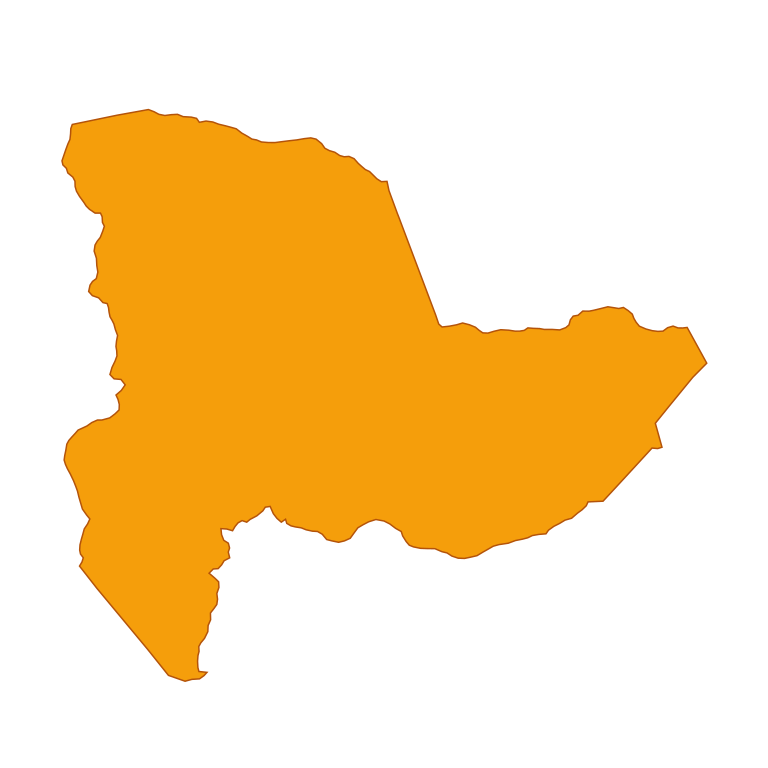 Inhambupe, Bahia, Brazil (Robinson projection), rotated 87°
{"feature_id": "56859067B53431248458401", "entity_name": "Inhambupe", "entity_type": "district", "adm_level": 2, "iso_a3": "BRA", "parent_name": "Brazil", "parent_adm1": "Bahia", "projection": "robinson", "projection_center": [-38.397, -11.762], "detail": "fine", "context": "isolated", "style": "filled", "palette": "amber", "viewbox_px": 768, "rotation_deg": 87, "n_neighbors": 0, "source": "geoboundaries", "source_scale": "gbopen_adm2", "svg_char_len": 3966}
<svg xmlns="http://www.w3.org/2000/svg" viewBox="0 0 768 768"><g transform="rotate(87 384 384)"><path d="M108.5,681.7L112.6,683.4L117.7,683.9L123.3,684.8L127.7,687.1L133.3,689.5L139.8,692.1L144.3,693.9L148.4,693.2L152.0,689.9L156.7,688.7L161.1,683.9L165.3,682.0L170.7,682.1L175.4,681.0L180.8,678.2L186.8,674.3L190.8,672.0L194.2,668.9L198.2,663.6L198.5,658.2L202.2,656.7L207.9,656.7L211.8,655.0L216.5,656.8L222.8,659.7L226.4,662.9L230.1,665.3L236.1,666.5L243.4,664.6L250.8,664.6L257.3,663.9L263.7,665.8L266.3,669.7L269.9,672.4L276.2,674.1L280.5,670.6L283.0,664.5L288.0,660.4L289.2,656.2L293.3,655.1L297.8,654.8L302.5,654.1L306.2,652.2L309.9,650.6L315.6,649.4L321.6,647.5L327.2,648.9L332.5,649.7L336.8,649.2L342.0,649.2L347.1,651.4L353.3,654.8L360.2,657.2L364.7,653.3L365.7,646.4L371.3,642.5L376.7,646.7L381.0,652.2L385.5,650.4L390.6,649.4L396.0,649.9L399.7,654.1L403.5,659.7L405.2,667.6L405.0,672.1L407.2,677.8L410.4,682.9L412.3,687.6L414.0,691.9L417.6,695.4L420.6,698.5L423.9,701.7L427.5,703.9L433.5,705.2L438.9,706.6L443.2,707.4L447.6,706.3L452.0,704.6L457.6,701.9L464.6,699.0L470.3,697.1L474.9,695.7L480.9,694.6L486.0,693.4L493.1,691.7L499.3,687.8L503.4,684.8L508.2,687.3L513.0,690.9L518.2,692.6L523.1,694.3L528.7,696.0L533.9,696.6L537.9,696.0L541.8,693.4L545.9,694.9L549.9,697.6L573.3,681.2L636.1,634.3L663.7,614.5L670.4,598.2L668.9,591.3L668.8,583.7L665.8,579.0L662.7,575.9L661.4,583.9L657.4,584.7L651.1,584.7L645.5,584.0L641.4,582.7L636.5,582.7L632.9,580.5L628.7,576.6L622.1,572.9L616.0,572.3L610.4,569.5L603.6,569.3L599.1,565.4L595.4,562.5L590.2,561.5L584.5,561.9L578.5,559.5L572.9,559.5L569.0,563.1L563.8,568.6L559.8,564.2L559.7,559.3L556.1,555.6L552.1,552.9L549.5,547.2L543.7,548.3L539.7,546.8L534.8,547.8L531.7,552.2L525.9,554.1L519.9,554.4L520.6,548.6L522.6,542.9L518.5,540.2L515.0,537.0L513.0,532.9L514.8,528.3L512.2,524.8L509.0,517.9L504.3,511.6L500.8,509.0L500.3,504.1L507.7,501.3L512.6,497.9L516.6,493.8L513.9,489.4L518.1,488.4L520.8,484.3L522.1,479.9L523.3,474.2L525.5,469.4L527.2,463.3L527.8,458.1L530.8,453.5L536.3,449.4L537.9,444.4L539.7,437.6L538.6,431.7L536.3,425.8L530.7,421.3L526.2,417.6L523.4,412.2L520.8,406.5L518.9,399.2L520.8,391.2L524.0,385.6L528.8,379.9L532.2,374.5L536.7,373.3L542.5,370.1L546.3,367.2L548.2,363.1L550.0,356.2L550.6,349.6L551.1,341.8L554.5,334.9L556.0,329.9L559.4,325.2L561.8,319.1L562.4,312.7L561.5,306.8L560.3,300.1L557.0,293.9L554.1,288.1L551.7,283.4L550.4,277.6L549.5,268.3L547.2,260.9L546.2,253.9L545.1,248.5L543.1,243.8L542.3,237.2L542.1,230.1L538.6,227.4L535.0,221.8L532.4,215.9L529.4,210.3L527.9,203.7L523.0,197.4L520.0,192.8L516.2,188.4L512.4,186.4L512.5,171.4L495.1,153.5L462.0,119.7L462.8,114.1L461.7,109.7L437.4,115.1L421.6,100.9L393.5,75.3L380.1,60.6L343.4,78.3L343.7,82.8L343.4,87.4L341.3,92.3L342.6,97.8L345.8,102.6L345.8,107.7L344.8,113.3L342.8,119.5L339.6,126.0L335.5,129.0L331.6,131.0L327.2,132.4L323.5,136.3L320.1,140.9L320.9,145.6L319.9,150.2L318.6,156.4L320.1,164.1L321.4,171.0L322.0,175.4L321.6,181.7L325.5,186.6L326.1,191.5L329.6,194.5L334.7,196.2L337.2,199.5L339.2,205.7L338.3,213.2L337.9,221.1L336.8,225.7L336.2,232.3L335.5,237.4L337.8,241.1L338.3,245.7L338.1,250.2L336.8,256.6L335.9,264.6L337.1,271.4L338.6,277.5L338.1,282.7L335.3,286.3L332.1,289.7L329.3,295.6L327.2,302.3L328.7,308.5L329.7,315.9L330.1,323.0L327.0,326.2L317.8,328.8L218.7,360.3L214.2,361.8L191.2,368.9L181.8,370.4L181.8,376.1L178.7,380.4L174.7,384.0L171.1,387.3L168.9,391.4L165.7,394.8L162.3,398.2L157.4,402.1L154.9,407.1L155.0,411.9L153.5,416.3L150.0,421.0L148.1,426.3L145.5,430.7L140.7,433.7L135.9,439.0L134.4,444.2L134.8,450.8L135.7,458.4L136.1,465.5L136.6,472.6L137.2,480.3L136.8,487.0L135.9,493.7L133.6,498.5L132.5,503.1L129.6,507.2L126.0,512.9L121.4,518.2L119.8,522.9L117.9,528.7L115.9,535.5L113.4,541.2L112.1,548.0L113.0,554.7L108.9,557.3L107.4,562.5L106.5,570.6L103.9,576.1L103.9,582.2L104.4,588.8L102.9,594.7L100.1,599.3L97.6,604.9L101.6,636.4L108.5,681.7Z" fill="#f59e0b" stroke="#b45309" stroke-width="1.5"/></g></svg>